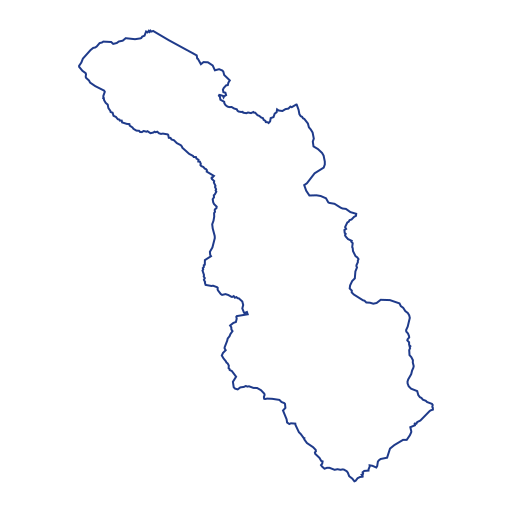 outline of Chiojdu, Buzau, Romania
{"feature_id": "2599482B83963244368666", "entity_name": "Chiojdu", "entity_type": "district", "adm_level": 2, "iso_a3": "ROU", "parent_name": "Romania", "parent_adm1": "Buzau", "projection": "natural_earth1", "projection_center": [26.168, 45.421], "detail": "fine", "context": "isolated", "style": "outline", "palette": "blue", "viewbox_px": 512, "rotation_deg": 0, "n_neighbors": 0, "source": "geoboundaries", "source_scale": "gbopen_adm2", "svg_char_len": 6036}
<svg xmlns="http://www.w3.org/2000/svg" viewBox="0 0 512 512"><path d="M432.0,403.9L427.0,402.0L425.8,400.8L422.9,399.7L421.4,397.9L419.9,397.2L418.3,395.1L417.2,391.1L411.1,388.7L408.7,386.3L407.6,383.5L407.5,381.6L408.2,379.4L411.2,374.2L412.1,370.5L413.3,367.9L413.7,366.1L412.8,362.5L412.9,360.2L411.3,357.1L409.5,355.1L409.2,350.1L410.1,348.1L409.6,346.7L410.3,346.1L409.1,344.9L409.1,342.3L407.3,340.4L407.6,339.3L409.2,337.4L409.0,336.0L408.0,333.5L406.3,331.6L406.1,330.1L407.7,326.6L409.8,317.9L409.2,315.3L407.8,313.0L405.3,311.1L403.2,307.8L400.8,306.1L399.5,303.4L389.9,300.1L380.7,299.8L376.6,303.0L373.3,303.7L369.9,302.7L366.3,302.5L364.5,300.7L363.0,300.3L353.8,294.5L351.7,292.4L351.8,290.6L349.7,288.5L350.1,285.4L352.2,281.0L354.8,278.4L355.4,271.4L357.0,267.4L356.4,266.1L356.5,265.1L357.9,262.1L357.8,260.7L358.5,259.1L357.3,257.4L355.5,256.1L353.0,251.1L352.7,248.1L352.2,247.1L352.7,243.2L351.3,241.7L351.7,240.8L348.0,239.1L345.6,236.4L345.0,235.1L345.7,233.9L344.7,232.9L344.4,230.0L346.1,228.9L345.1,227.1L347.3,222.5L348.7,221.7L349.6,220.1L351.5,219.5L354.0,216.9L356.0,215.8L356.2,213.8L350.4,212.1L345.9,208.9L342.5,208.5L340.7,207.7L334.5,203.8L329.3,202.9L328.3,202.4L326.0,198.3L320.7,196.0L316.5,195.3L309.4,195.5L306.2,190.7L304.2,185.1L306.9,183.3L314.6,173.3L323.7,167.6L324.8,164.5L324.8,161.6L323.6,155.6L322.1,153.0L318.0,149.1L313.5,146.4L312.8,141.6L313.8,138.6L312.6,132.5L310.7,129.4L308.9,127.3L307.9,123.5L304.3,118.9L303.0,118.3L302.1,116.8L300.7,116.2L299.4,114.2L298.6,109.9L296.7,104.6L296.3,104.5L291.7,107.2L290.4,106.6L288.4,108.6L285.5,109.1L282.4,111.0L278.6,110.5L277.1,109.4L276.6,112.3L274.7,113.6L273.5,117.1L270.7,118.1L270.1,121.4L268.6,123.0L267.8,122.3L265.8,122.1L265.4,120.9L263.6,119.8L263.0,118.2L261.2,117.5L259.3,115.9L257.5,115.2L255.2,112.7L253.9,112.6L253.4,112.0L251.0,113.1L248.0,112.5L246.4,113.2L243.2,112.7L242.6,111.8L241.2,112.0L238.5,111.5L237.4,110.6L236.8,109.3L234.1,108.5L231.6,107.0L229.3,107.1L227.5,106.6L225.6,105.2L224.4,103.4L224.2,101.8L220.4,99.7L219.9,96.8L218.9,95.7L219.3,94.9L220.5,95.1L223.0,95.9L223.6,97.3L224.1,96.3L226.1,95.1L225.4,92.7L223.4,92.2L222.9,89.7L223.8,87.9L226.2,85.3L227.8,85.1L228.4,82.6L229.8,80.4L224.2,75.0L223.3,71.6L222.3,70.5L219.1,69.2L214.9,70.3L212.7,65.5L207.9,62.3L203.5,62.1L200.9,64.2L197.9,58.8L197.2,58.5L196.7,55.4L168.8,40.2L153.2,31.0L151.2,31.6L150.5,30.7L149.5,31.9L148.8,30.8L147.5,32.4L146.1,31.5L144.5,35.7L142.2,36.6L141.3,38.0L140.3,38.4L135.0,39.2L125.7,38.2L122.7,40.7L118.8,41.5L116.8,43.0L113.2,43.9L111.2,42.0L103.3,41.6L102.0,42.5L99.6,43.1L96.7,46.5L95.2,47.5L93.2,47.9L90.5,50.1L82.9,58.6L81.3,62.6L79.1,65.8L79.1,66.8L82.4,70.8L85.6,73.1L86.0,74.2L85.7,76.9L86.1,77.9L89.0,80.5L90.1,82.6L95.2,86.1L104.1,90.6L104.8,91.8L103.4,95.7L103.3,97.2L103.7,97.8L103.3,98.3L103.9,98.8L104.1,100.2L105.7,102.9L107.7,104.6L108.4,108.1L110.3,110.8L110.6,112.0L112.6,112.7L113.5,115.8L115.9,116.9L117.8,119.2L119.4,119.6L119.8,120.6L121.7,120.6L122.1,122.4L126.8,123.9L129.4,124.1L129.7,125.6L132.5,127.5L133.4,128.8L136.4,130.6L139.1,130.8L140.1,132.0L141.9,132.1L143.6,131.0L146.5,131.7L147.5,131.2L150.5,133.2L153.5,132.5L154.5,131.7L155.7,132.2L157.3,131.7L159.0,133.3L161.0,133.9L162.9,133.6L167.7,134.4L168.2,134.9L168.8,137.8L170.5,137.9L171.5,139.5L173.9,140.2L176.8,143.1L180.8,145.2L181.9,146.5L182.3,147.7L189.2,153.9L193.0,155.9L193.7,157.0L196.0,157.1L196.4,158.5L198.5,159.8L198.3,161.5L199.9,161.7L200.8,163.8L200.4,165.0L201.3,166.1L203.4,167.0L204.7,168.6L206.0,169.1L206.9,170.2L206.7,171.6L213.9,175.9L212.5,177.4L211.7,177.5L211.5,178.1L211.9,179.0L214.2,181.1L213.9,182.6L215.5,185.9L215.0,187.0L216.1,189.2L215.6,190.5L216.3,191.7L214.8,194.4L213.8,195.3L214.0,197.3L212.7,199.2L213.2,202.3L214.0,204.0L216.7,206.7L216.4,208.2L214.9,209.4L214.7,210.1L215.0,211.8L214.1,213.1L214.2,216.7L213.5,220.7L212.2,224.3L212.7,228.4L214.7,236.0L214.8,238.1L212.4,247.5L209.9,251.8L210.2,254.9L211.0,256.2L204.9,260.1L204.8,264.7L203.8,265.2L203.8,267.1L202.8,268.1L203.2,269.5L202.5,270.5L204.0,275.0L203.7,276.5L204.8,278.1L203.9,279.8L205.1,282.0L204.9,282.8L205.6,284.9L211.6,286.0L213.0,285.7L217.1,287.2L217.7,287.8L217.6,289.5L218.0,290.4L220.8,294.1L222.1,294.9L225.5,294.1L228.3,295.0L231.6,296.9L232.4,296.9L233.7,296.1L234.9,297.7L236.4,297.1L237.6,298.2L238.9,298.4L242.3,301.5L243.2,305.0L242.3,308.4L244.0,312.7L244.5,313.0L246.9,312.0L247.7,314.3L236.8,316.1L236.3,316.8L236.7,318.7L235.9,322.0L233.4,322.9L230.1,325.5L231.3,327.3L231.4,329.5L232.5,331.1L230.4,334.1L229.5,336.3L227.7,338.5L227.2,340.7L224.6,347.4L224.6,348.4L225.7,350.2L223.0,352.9L221.8,355.5L223.5,358.4L226.1,361.6L226.3,362.4L227.7,363.5L228.8,365.6L228.6,368.2L229.4,368.8L229.7,370.0L231.8,371.0L236.1,376.7L232.9,381.8L233.7,387.2L235.0,388.6L237.7,389.4L240.3,387.4L243.9,386.9L245.8,386.0L247.4,386.6L249.0,386.3L253.4,387.9L257.1,388.0L261.0,390.2L264.3,393.7L264.6,394.9L263.9,396.9L264.1,398.7L265.0,399.0L267.2,398.6L272.1,398.8L279.4,399.9L281.5,402.0L284.3,403.1L285.0,403.9L285.4,407.9L283.0,410.5L286.6,419.3L287.1,422.5L289.3,424.0L291.0,423.3L295.3,423.6L295.5,425.0L298.9,432.2L300.9,434.2L304.0,438.5L304.3,438.4L304.3,439.4L306.9,443.0L313.1,447.2L315.7,449.9L315.9,451.3L314.9,452.4L315.2,453.8L319.5,457.9L321.2,460.9L322.6,461.4L322.2,463.7L321.0,465.1L322.1,466.6L324.5,468.7L327.0,467.8L329.5,467.8L334.6,469.8L337.5,469.2L340.5,469.8L342.7,469.4L343.9,469.6L346.7,471.2L347.8,472.6L349.2,476.2L352.3,478.6L354.4,481.3L355.6,480.8L357.6,478.2L360.0,477.0L362.6,476.7L362.7,476.0L361.7,474.7L362.8,474.3L363.1,473.7L362.6,472.3L364.3,470.9L368.5,470.6L368.6,469.2L369.7,466.5L369.6,465.3L372.4,465.8L376.3,467.5L377.2,466.0L377.9,461.6L378.9,460.3L380.6,459.0L387.1,457.7L390.0,448.6L394.3,445.1L403.0,439.9L406.7,439.9L409.9,435.2L411.2,432.3L411.3,431.4L410.3,427.2L414.9,425.3L414.6,423.8L414.8,423.5L416.4,423.7L417.2,422.1L420.4,420.5L429.6,411.1L430.6,410.4L432.9,409.6L432.8,407.7L432.3,406.9L432.7,405.0L432.0,403.9Z" fill="none" stroke="#1e3a8a" stroke-width="2"/></svg>